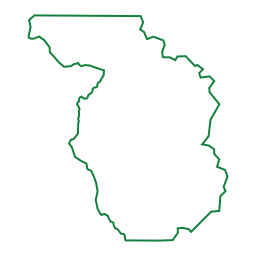 Chaffee, Colorado, United States of America (Albers equal-area conic projection)
{"feature_id": "52423323B55010053524347", "entity_name": "Chaffee", "entity_type": "district", "adm_level": 2, "iso_a3": "USA", "parent_name": "United States of America", "parent_adm1": "Colorado", "projection": "albers", "projection_center": [-106.275, 38.74], "detail": "fine", "context": "isolated", "style": "outline", "palette": "green", "viewbox_px": 256, "rotation_deg": 0, "n_neighbors": 0, "source": "geoboundaries", "source_scale": "gbopen_adm2", "svg_char_len": 1717}
<svg xmlns="http://www.w3.org/2000/svg" viewBox="0 0 256 256"><path d="M34.4,15.4L29.1,20.0L30.6,27.0L28.5,36.6L29.0,37.7L31.2,38.7L33.7,38.7L39.1,36.5L44.2,40.1L49.6,47.3L49.9,52.3L54.1,56.8L58.5,62.0L63.9,66.7L70.9,66.2L74.0,64.1L78.3,63.1L78.9,64.5L81.2,66.2L85.2,65.1L89.7,65.5L94.0,67.1L98.7,68.7L104.0,70.4L103.6,75.3L100.7,80.0L100.3,81.4L98.2,82.8L97.3,84.2L97.3,86.2L96.7,87.2L94.6,87.5L93.6,87.9L92.8,88.9L92.8,90.1L92.1,91.5L91.3,93.3L89.9,93.8L88.9,94.6L87.9,96.0L87.7,97.1L87.0,98.3L85.9,98.6L84.0,98.7L82.0,97.1L81.5,96.6L80.4,97.2L79.6,97.9L78.9,99.4L78.9,101.5L77.6,102.6L77.0,104.4L78.0,105.7L78.5,106.6L79.1,107.7L79.5,109.6L78.8,110.9L79.1,113.6L79.1,115.2L78.8,116.8L78.2,118.0L78.5,119.7L78.9,121.8L78.2,123.0L78.1,126.2L77.9,133.7L73.7,139.0L70.8,139.8L69.0,143.6L71.7,146.8L75.0,156.9L80.9,160.8L86.4,163.5L87.4,169.1L91.1,170.7L94.2,177.4L96.1,182.9L97.6,191.5L95.7,199.8L97.7,209.0L100.1,213.5L100.9,214.4L101.8,215.0L102.9,214.3L104.8,214.0L106.0,214.9L107.7,215.6L108.8,218.5L110.5,221.5L113.4,222.7L113.8,225.7L115.2,228.2L117.5,229.1L120.9,233.6L123.8,234.0L124.9,236.2L125.0,238.2L125.5,240.4L159.2,240.6L172.8,240.1L177.9,232.6L177.7,228.3L182.1,227.8L188.7,229.1L191.0,231.9L211.1,211.7L219.2,210.9L220.5,195.9L225.6,191.1L223.6,186.9L227.5,176.7L225.0,169.9L217.1,166.8L219.2,159.4L214.3,154.0L214.1,149.2L208.8,145.5L202.1,144.4L208.6,136.2L210.5,119.8L219.4,104.2L209.7,92.4L209.2,88.1L214.2,81.1L209.7,76.4L200.6,77.5L199.2,73.2L202.9,69.2L197.3,64.9L195.0,66.0L185.7,56.2L177.4,56.5L175.3,60.1L169.9,57.4L162.9,57.2L162.1,51.8L164.7,45.1L163.4,40.4L153.4,36.7L147.0,39.1L144.0,32.0L140.2,29.6L143.1,22.3L140.8,16.1L34.4,15.4Z" fill="none" stroke="#15803d" stroke-width="2"/></svg>